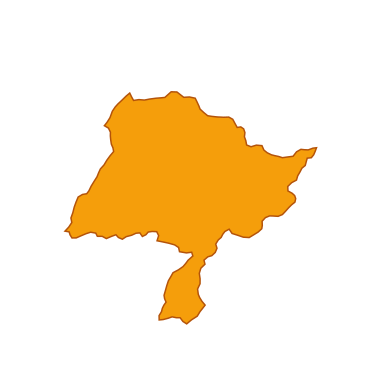 Pratápolis, Minas Gerais, Brazil, rotated 64°
{"feature_id": "56859067B63533923209716", "entity_name": "Pratápolis", "entity_type": "district", "adm_level": 2, "iso_a3": "BRA", "parent_name": "Brazil", "parent_adm1": "Minas Gerais", "projection": "natural_earth1", "projection_center": [-46.849, -20.783], "detail": "fine", "context": "isolated", "style": "filled", "palette": "amber", "viewbox_px": 384, "rotation_deg": 64, "n_neighbors": 0, "source": "geoboundaries", "source_scale": "gbopen_adm2", "svg_char_len": 2562}
<svg xmlns="http://www.w3.org/2000/svg" viewBox="0 0 384 384"><g transform="rotate(64 192 192)"><path d="M75.8,204.6L76.9,209.1L78.7,214.5L80.4,220.0L81.9,223.7L84.5,228.2L89.2,233.1L92.2,237.9L94.0,241.7L97.9,239.1L102.5,239.1L105.8,240.8L109.2,242.1L113.6,243.5L117.7,243.7L121.3,244.7L123.5,249.7L126.1,254.6L129.1,259.2L131.1,264.2L133.7,267.4L136.7,270.7L139.4,275.1L142.5,280.0L145.8,284.2L147.4,287.4L146.2,291.5L146.6,296.5L150.1,300.5L154.0,304.5L158.4,308.2L162.3,312.2L166.7,313.4L169.5,318.1L171.5,323.3L174.0,319.9L177.1,320.4L180.7,320.0L182.5,316.2L182.7,311.2L183.0,305.6L183.7,300.7L186.8,296.5L190.3,296.5L192.5,292.1L196.3,289.4L196.6,283.6L197.1,279.1L200.6,278.1L203.9,275.3L203.3,270.7L204.4,265.2L204.5,260.4L205.9,256.8L210.2,256.1L210.2,252.2L208.8,248.9L210.0,245.1L212.2,241.1L216.6,241.1L220.5,244.8L224.1,240.1L227.7,235.5L231.9,230.8L236.0,228.4L240.2,229.4L244.3,223.7L246.0,218.7L249.9,219.3L251.6,225.4L253.5,229.0L255.1,232.7L256.0,238.3L256.2,244.4L258.7,248.0L261.4,252.1L265.2,255.8L269.5,259.6L272.6,262.4L275.9,263.4L279.6,263.6L281.4,266.9L283.5,269.6L286.2,271.9L288.7,275.8L292.6,277.6L294.0,273.9L295.0,268.9L295.5,264.6L298.2,261.1L299.8,257.8L304.4,256.9L308.2,254.6L306.7,248.5L305.9,241.7L303.0,237.2L301.2,233.4L299.4,229.8L294.5,231.0L290.1,231.4L286.7,231.2L281.6,229.5L278.0,225.0L273.6,222.8L268.3,221.1L264.4,217.5L262.6,212.0L258.5,211.1L257.2,206.2L257.9,202.1L256.5,197.6L253.5,194.2L249.2,193.5L246.6,189.4L245.6,185.7L243.5,182.9L241.9,179.7L241.7,174.9L246.8,174.2L251.2,169.6L255.1,165.7L258.0,160.6L257.5,155.2L257.0,150.1L255.6,145.4L252.9,143.5L249.0,141.8L247.2,137.2L247.5,132.7L249.2,129.5L251.6,125.3L251.9,120.6L250.4,116.6L248.5,112.0L247.2,108.2L246.2,103.9L243.4,101.7L240.2,101.3L237.1,102.5L233.1,105.3L229.0,103.5L227.3,98.3L227.1,92.9L223.8,89.9L221.2,86.0L218.8,82.8L217.8,78.6L214.8,76.0L212.1,73.6L213.5,69.7L211.9,66.3L209.5,63.5L206.8,60.7L205.6,64.1L205.1,69.1L203.3,72.4L201.4,75.4L201.7,80.4L204.2,85.5L202.2,91.4L200.8,95.7L198.1,98.5L195.6,101.7L193.4,104.3L189.7,107.2L185.8,109.0L181.0,108.8L178.1,113.6L177.2,119.1L173.7,122.3L169.3,121.1L165.4,120.7L161.8,118.4L157.9,117.9L154.9,119.6L153.8,123.1L149.8,123.3L144.5,123.5L140.8,126.1L138.7,130.8L135.5,136.6L132.6,141.2L130.3,144.5L125.7,146.6L121.0,148.4L117.7,148.1L113.6,148.0L109.1,148.0L105.5,152.6L103.3,157.9L99.4,159.8L95.5,161.7L92.8,166.8L94.1,171.4L95.1,174.9L93.8,178.5L91.9,183.3L89.9,189.3L88.5,194.5L85.7,199.2L84.1,204.4L80.2,204.6L75.8,204.6Z" fill="#f59e0b" stroke="#b45309" stroke-width="1.5"/></g></svg>